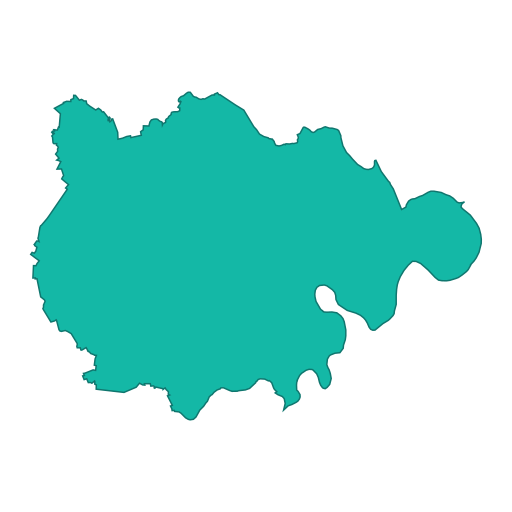 San Rafael, Veracruz, Mexico
{"feature_id": "50627088B57037698095260", "entity_name": "San Rafael", "entity_type": "district", "adm_level": 2, "iso_a3": "MEX", "parent_name": "Mexico", "parent_adm1": "Veracruz", "projection": "albers", "projection_center": [-96.918, 20.214], "detail": "fine", "context": "isolated", "style": "filled", "palette": "teal", "viewbox_px": 512, "rotation_deg": 0, "n_neighbors": 0, "source": "geoboundaries", "source_scale": "gbopen_adm2", "svg_char_len": 5968}
<svg xmlns="http://www.w3.org/2000/svg" viewBox="0 0 512 512"><path d="M174.6,411.4L179.0,411.9L180.9,413.1L185.6,417.8L188.2,419.3L190.1,419.8L193.4,419.3L196.0,417.0L199.8,410.1L203.6,406.3L205.9,402.9L207.4,401.3L209.2,396.9L211.1,395.1L212.1,394.6L214.1,392.2L217.2,389.9L220.3,388.8L220.7,388.0L221.7,387.8L223.5,387.8L229.9,390.6L232.0,391.3L237.3,391.2L238.7,390.7L245.4,389.9L249.6,388.4L255.7,382.7L256.1,381.5L257.1,381.0L258.1,379.5L260.2,378.8L264.8,379.1L268.4,380.9L269.3,380.6L271.7,382.7L273.6,387.9L274.5,389.5L276.8,391.7L275.2,392.9L277.9,394.7L282.3,396.5L284.2,398.6L285.2,403.5L283.6,410.1L288.2,405.8L291.9,404.5L296.0,402.4L297.8,401.2L299.4,399.0L300.1,397.0L300.0,394.6L298.0,391.3L296.7,390.1L296.5,385.1L296.7,382.4L297.3,380.6L297.1,380.4L299.6,375.5L301.6,373.3L306.2,370.2L309.1,369.3L312.1,369.5L313.1,370.1L316.7,373.8L318.3,377.4L319.5,382.4L320.7,385.3L322.4,387.6L323.2,388.2L325.2,388.7L327.1,387.4L329.7,384.4L331.2,378.5L330.3,373.5L329.1,369.8L327.9,367.6L326.8,364.6L327.4,359.1L329.2,356.0L330.4,355.0L335.0,353.2L339.9,352.7L343.2,348.3L343.5,345.1L345.3,339.7L345.8,335.8L345.8,329.9L344.2,321.7L343.0,318.6L340.8,315.8L336.8,312.8L331.9,312.0L327.0,312.2L324.1,312.0L323.0,311.4L322.6,310.7L321.5,310.1L320.4,309.0L316.0,301.4L315.0,296.9L314.8,294.2L315.3,290.3L316.9,287.3L319.5,285.5L324.3,285.0L326.9,285.8L332.5,289.8L334.7,292.3L335.7,295.4L336.0,299.6L338.4,304.5L347.2,310.4L355.9,313.1L360.5,315.3L363.6,317.8L365.5,320.0L367.3,323.0L369.1,327.2L370.7,329.3L372.7,330.2L375.0,330.1L382.9,323.6L388.2,320.4L389.7,319.1L393.0,315.6L394.1,313.7L394.4,311.0L396.2,304.4L396.2,295.2L396.6,289.3L397.3,284.8L398.3,281.4L400.3,276.6L404.0,270.4L408.3,265.1L412.4,261.3L416.1,261.4L420.7,263.5L428.1,270.0L435.1,277.4L438.5,280.1L441.9,280.7L446.5,280.8L449.9,280.3L455.8,278.5L458.4,277.5L462.1,275.0L466.5,271.5L468.2,269.6L470.8,264.9L470.6,264.7L473.9,261.2L476.2,257.9L479.0,252.3L481.2,243.5L481.3,239.3L480.7,234.3L479.1,228.2L476.5,223.4L470.3,215.1L462.7,208.9L461.1,207.2L461.2,205.8L461.9,203.9L464.5,201.8L462.7,202.5L459.3,202.9L457.3,202.3L453.3,198.3L449.7,195.9L446.0,194.7L441.3,192.5L433.9,191.2L430.9,191.2L428.1,192.3L422.6,195.5L419.5,196.5L414.9,198.7L412.3,199.0L410.7,199.6L408.6,201.1L406.4,204.8L405.9,207.1L401.6,209.5L393.3,188.9L390.4,184.4L389.7,182.4L388.5,181.4L381.3,171.6L375.9,160.3L374.8,160.6L374.5,161.5L374.5,164.9L373.8,166.7L373.0,167.7L371.8,168.6L368.4,169.5L366.1,169.3L363.8,168.6L360.9,166.5L357.6,164.5L352.4,159.0L349.7,155.7L346.5,152.5L342.9,145.8L340.9,137.7L340.8,135.6L338.6,130.5L337.1,129.5L332.4,128.2L329.3,128.1L325.4,126.8L324.2,127.1L321.2,128.6L317.6,129.5L314.5,132.1L313.1,132.5L311.2,131.7L310.0,130.3L308.2,129.0L305.0,127.3L303.9,127.1L303.2,127.5L300.0,133.5L297.3,134.7L298.3,137.1L298.2,138.5L297.4,139.8L297.7,141.7L297.1,142.8L293.7,143.6L292.5,143.4L289.6,144.0L285.9,143.8L285.2,144.7L284.1,144.2L281.6,145.4L279.0,146.0L275.8,145.3L274.6,143.1L274.1,141.4L272.3,139.1L271.8,139.3L271.5,139.0L269.0,138.6L268.2,137.8L263.9,136.6L259.5,134.1L256.5,129.6L253.8,126.7L243.8,110.1L235.3,104.9L220.0,94.7L218.9,94.7L217.5,92.8L214.4,94.1L214.2,94.4L214.3,95.0L212.1,95.0L204.9,98.9L204.2,99.1L203.4,98.8L202.7,98.8L201.1,99.4L198.9,98.9L196.1,97.2L194.7,97.0L193.3,96.3L190.3,92.3L188.6,92.2L187.8,92.4L186.4,93.3L183.6,95.7L181.1,96.6L179.9,97.6L178.8,98.9L178.4,100.1L178.5,101.1L179.0,101.8L179.6,101.9L180.4,101.2L180.9,101.5L180.1,103.8L177.9,107.2L178.8,107.9L179.8,108.0L179.7,110.7L177.7,111.7L173.9,111.8L171.9,112.2L171.2,113.1L171.1,114.6L168.7,116.5L168.1,118.0L166.3,119.1L165.5,120.4L165.7,121.5L165.5,122.5L163.1,123.5L162.4,125.0L162.2,122.4L161.6,121.8L160.4,121.5L158.6,120.3L157.8,119.4L156.3,119.0L153.9,119.1L151.4,119.9L149.9,122.0L148.9,126.0L143.4,125.8L143.2,129.8L140.6,131.7L141.3,135.3L130.9,137.6L130.5,135.8L126.7,136.5L122.5,138.2L118.0,139.2L117.7,132.3L112.7,118.9L111.8,119.0L111.4,120.5L109.9,121.8L109.6,120.8L108.1,120.6L108.1,119.2L108.6,119.0L109.7,119.5L110.1,118.9L110.0,117.8L109.4,117.1L108.2,117.7L103.6,111.8L102.7,112.0L102.0,111.7L100.8,110.0L98.4,108.3L95.7,110.0L89.6,106.0L86.7,103.7L86.2,101.0L83.7,100.9L82.9,100.1L81.4,99.4L79.4,100.2L75.5,95.4L73.7,95.3L73.5,98.6L70.9,99.6L70.8,101.5L66.7,101.3L63.4,102.5L63.7,103.3L63.4,103.5L54.4,108.3L60.4,113.7L59.2,127.2L58.5,127.0L57.4,130.0L55.4,130.0L55.0,129.7L53.8,129.7L54.4,131.0L52.5,131.2L52.0,131.9L54.8,133.7L52.6,133.3L53.4,134.2L51.8,136.0L52.5,137.0L53.0,142.5L53.4,143.3L54.0,143.7L56.7,143.6L56.4,145.1L57.6,146.1L58.3,147.4L57.5,149.1L57.7,151.3L55.6,154.1L59.0,158.2L56.7,160.1L58.7,160.6L60.8,161.6L57.0,169.1L61.5,169.0L63.6,175.5L63.5,175.9L62.7,176.9L61.7,178.9L68.5,184.6L65.6,188.0L67.3,189.2L49.3,215.5L47.0,218.7L41.3,225.4L40.6,225.8L39.9,227.5L38.2,238.0L37.8,237.6L39.0,241.5L38.2,241.1L36.7,241.0L34.4,244.3L34.6,244.3L34.7,245.6L36.9,247.2L35.8,251.2L34.3,253.2L32.1,252.4L30.7,254.4L39.2,260.8L37.0,263.6L36.0,265.7L33.5,265.6L32.9,278.0L35.3,277.9L35.2,278.9L37.0,278.8L40.7,296.9L44.4,299.8L45.1,301.3L43.5,305.0L43.5,307.3L42.9,308.5L43.2,309.3L50.9,322.0L54.7,320.9L56.2,319.8L56.5,320.2L59.0,329.7L59.8,330.9L61.3,331.4L65.3,330.5L67.6,331.5L71.2,333.6L77.2,343.5L77.2,345.0L76.8,346.2L77.2,347.8L80.3,347.8L80.9,350.0L81.8,350.1L86.1,347.6L87.9,350.7L87.7,350.9L88.2,351.5L89.5,352.0L90.7,353.5L94.0,354.7L94.4,355.2L96.4,355.4L95.1,358.9L94.3,365.2L96.2,365.7L95.6,370.4L93.1,369.9L85.1,373.1L83.5,373.4L84.4,375.5L82.7,375.9L84.1,379.6L86.7,378.8L88.3,382.6L90.5,382.5L91.9,383.2L94.6,381.0L94.8,381.3L94.8,384.2L96.3,384.9L96.2,389.2L124.0,392.4L136.2,387.2L139.5,383.2L142.6,384.9L144.8,385.1L144.4,383.7L150.3,383.7L150.8,386.1L153.6,385.9L154.5,386.8L154.1,387.8L154.8,388.2L156.0,387.1L163.1,388.7L163.1,389.4L165.1,387.9L166.1,389.5L168.4,391.7L168.3,394.3L169.6,395.0L167.5,395.8L172.3,405.3L170.5,406.0L171.8,408.7L172.1,410.6L174.2,410.4L174.6,411.4Z" fill="#14b8a6" stroke="#0f766e" stroke-width="1.5"/></svg>